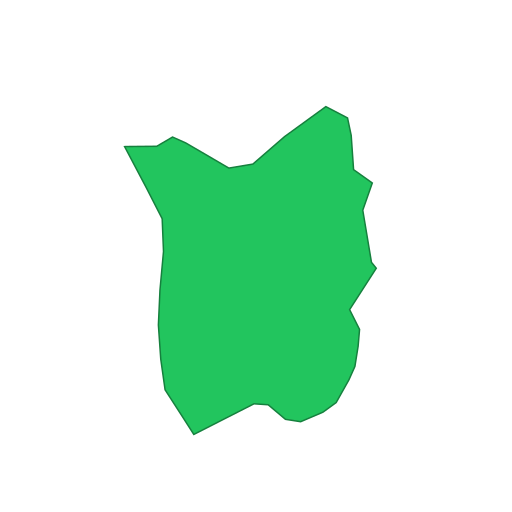 outline of Gunpo-si, Gyeonggi, South Korea, rotated 144°
{"feature_id": "91817680B51138241033746", "entity_name": "Gunpo-si", "entity_type": "district", "adm_level": 2, "iso_a3": "KOR", "parent_name": "South Korea", "parent_adm1": "Gyeonggi", "projection": "orthographic", "projection_center": [126.925, 37.33], "detail": "fine", "context": "isolated", "style": "filled", "palette": "green", "viewbox_px": 512, "rotation_deg": 144, "n_neighbors": 0, "source": "geoboundaries", "source_scale": "gbopen_adm2", "svg_char_len": 635}
<svg xmlns="http://www.w3.org/2000/svg" viewBox="0 0 512 512"><g transform="rotate(144 256 256)"><path d="M298.0,421.7L304.6,375.8L310.0,341.3L328.2,314.0L353.7,284.9L375.5,257.6L393.7,228.5L408.2,201.2L410.0,168.4L411.2,148.2L344.5,137.6L333.6,128.5L328.2,106.6L317.3,95.7L293.6,90.3L288.8,90.3L277.3,90.3L253.6,101.2L240.9,108.5L226.4,123.0L215.4,135.7L211.8,157.6L165.9,175.4L166.3,183.0L142.7,230.3L119.0,246.7L126.3,268.5L108.1,297.6L100.8,313.9L111.7,335.8L129.9,335.8L162.7,335.8L204.5,332.2L226.3,343.1L246.3,388.6L253.6,401.3L271.8,403.1L297.3,421.3L298.0,421.7Z" fill="#22c55e" stroke="#15803d" stroke-width="1.5"/></g></svg>